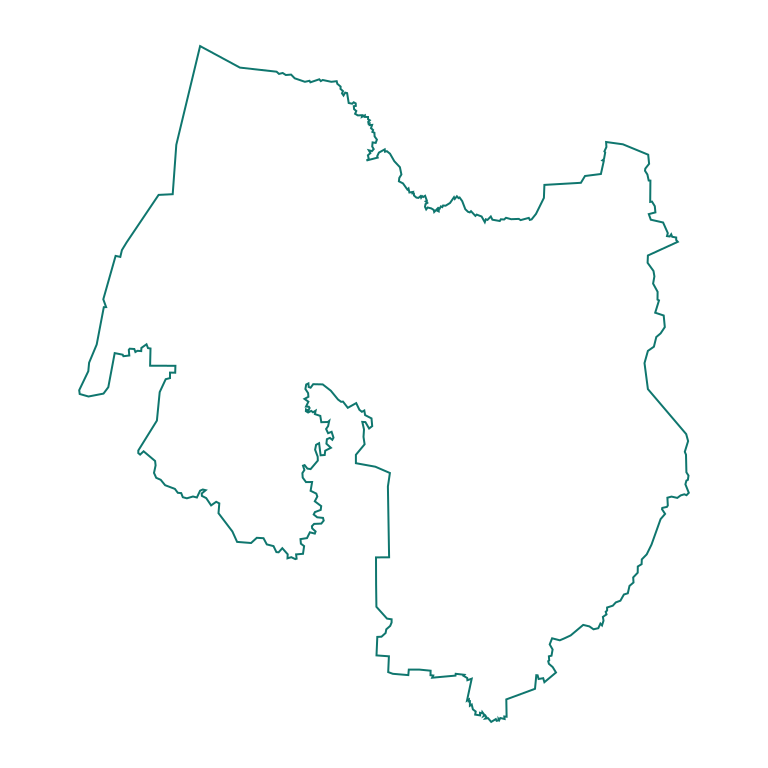 the district of Cotabato, Cotabato, Philippines
{"feature_id": "2640588B30235147478886", "entity_name": "Cotabato", "entity_type": "district", "adm_level": 2, "iso_a3": "PHL", "parent_name": "Philippines", "parent_adm1": "Cotabato", "projection": "natural_earth1", "projection_center": [124.836, 7.183], "detail": "fine", "context": "isolated", "style": "outline", "palette": "teal", "viewbox_px": 768, "rotation_deg": 0, "n_neighbors": 0, "source": "geoboundaries", "source_scale": "gbopen_adm2", "svg_char_len": 6097}
<svg xmlns="http://www.w3.org/2000/svg" viewBox="0 0 768 768"><path d="M374.4,132.7L372.4,131.9L373.1,130.0L371.0,128.2L372.1,124.9L369.6,125.1L369.6,123.4L368.6,123.8L368.2,121.9L369.8,120.3L368.1,119.3L368.0,117.0L364.7,116.9L364.8,115.4L361.9,116.9L362.3,115.2L357.8,115.4L355.1,113.8L356.3,111.0L354.1,109.2L353.8,106.2L355.8,105.9L355.7,103.4L353.7,102.3L352.2,103.7L348.7,103.0L347.1,93.1L345.2,92.6L343.5,95.5L342.0,93.3L343.0,91.1L340.5,88.9L340.6,86.6L337.3,83.8L336.7,81.2L331.3,81.8L322.7,80.0L320.8,81.1L319.3,79.3L310.4,82.3L309.5,80.8L304.9,81.8L294.7,78.3L291.1,74.6L285.8,75.0L282.7,73.0L279.0,73.9L276.6,71.7L239.9,67.6L200.1,46.1L176.3,144.8L172.7,194.2L158.6,194.9L126.6,242.4L121.9,250.1L120.3,256.9L115.6,255.9L103.3,299.3L106.1,307.1L103.8,307.2L96.7,344.5L89.1,362.7L88.3,371.2L79.2,390.2L79.7,394.0L88.5,396.5L103.5,393.6L108.3,387.2L114.7,353.1L122.7,354.7L123.4,356.2L129.3,355.5L128.8,349.9L129.7,348.7L134.3,349.0L135.4,352.0L137.4,350.8L141.2,351.1L141.4,347.9L146.5,344.3L148.0,348.1L150.5,348.5L150.1,365.7L175.4,365.8L175.2,372.7L170.0,372.6L170.0,378.1L165.7,379.2L159.7,392.1L156.9,420.6L138.3,450.5L138.3,453.1L140.1,454.6L143.6,451.3L155.1,461.0L155.6,465.4L154.0,472.9L156.2,477.8L160.7,479.8L165.1,485.2L174.9,488.9L177.8,492.8L181.2,493.1L182.8,497.2L186.9,498.3L193.0,496.5L196.9,497.5L200.1,490.7L202.8,489.5L205.7,490.2L201.7,493.5L201.9,495.9L206.2,498.1L211.1,505.4L216.2,501.8L219.3,503.4L218.5,513.2L232.4,531.5L237.1,541.9L251.1,543.0L256.8,537.8L263.5,538.2L266.8,544.4L273.5,546.1L276.4,552.1L278.6,552.3L282.3,548.2L287.7,554.3L287.5,558.3L291.3,557.2L295.3,559.1L296.6,558.7L296.1,554.4L303.0,553.8L304.1,546.1L300.9,543.7L300.5,539.1L307.0,538.1L309.9,532.3L314.8,533.6L315.6,531.5L312.2,528.4L311.9,526.2L314.1,523.9L321.3,523.6L323.7,520.6L323.0,517.9L317.2,517.3L313.7,514.5L314.9,512.1L320.7,509.9L321.2,506.1L314.8,501.3L317.3,496.5L316.3,493.6L310.6,490.8L312.1,482.0L306.0,482.1L302.7,477.6L302.4,473.1L304.4,470.0L303.0,465.7L304.6,465.1L307.4,468.6L310.6,469.1L317.8,460.6L317.7,456.7L315.1,449.7L316.1,444.8L319.1,443.2L320.6,455.3L324.7,455.0L325.2,450.7L330.9,447.8L326.4,443.7L326.9,439.2L329.9,437.9L332.3,439.8L333.5,437.7L331.6,431.8L328.1,433.2L326.1,429.0L328.1,426.1L329.2,420.9L327.9,422.0L321.3,422.2L320.3,415.9L314.9,414.1L315.6,410.7L313.0,412.3L311.2,410.9L308.1,412.5L305.9,411.2L306.0,409.4L308.4,410.4L309.6,408.0L308.8,406.7L306.0,406.6L308.4,401.7L304.5,398.9L308.4,396.8L308.1,393.1L305.4,389.0L306.2,384.5L308.4,383.4L308.7,387.0L310.6,387.7L313.2,384.2L322.7,384.4L330.8,390.7L338.0,399.5L341.1,401.8L343.0,401.6L347.8,407.8L356.2,403.1L359.4,409.8L361.9,411.8L364.3,410.5L365.1,415.1L371.5,418.4L372.2,426.1L369.1,428.5L365.4,422.1L362.3,421.9L364.0,429.4L363.5,436.9L364.6,444.3L355.9,454.8L355.9,463.2L375.3,466.7L389.9,473.0L387.9,486.5L389.1,557.3L376.0,557.4L376.1,584.5L376.4,606.8L387.0,618.6L391.6,619.3L391.6,622.5L390.2,625.9L386.3,629.3L385.6,633.0L381.5,636.7L377.3,636.9L376.5,655.4L388.9,656.3L388.2,672.1L392.8,673.8L408.3,675.1L408.8,669.6L419.4,669.6L430.6,670.7L430.5,675.2L433.2,675.5L432.2,677.7L455.5,675.6L455.7,673.8L464.4,674.8L463.5,675.8L467.2,678.0L467.4,680.2L471.7,678.7L467.0,700.6L468.9,699.4L468.8,701.4L469.9,701.2L469.9,705.7L471.7,704.5L472.9,709.4L475.7,711.5L475.2,714.6L480.1,715.4L480.0,712.8L482.1,713.3L482.3,712.1L484.3,714.8L483.6,716.1L485.2,715.3L486.4,717.1L485.2,718.6L488.1,718.2L491.2,721.9L495.8,719.1L496.6,720.8L498.5,720.4L498.5,719.1L499.2,720.2L500.3,718.0L504.6,719.0L504.3,716.5L506.6,716.7L506.3,699.4L535.0,688.8L536.3,675.2L537.6,675.3L538.6,679.0L543.2,678.2L544.4,682.2L556.0,672.5L552.7,667.1L548.9,663.8L548.2,661.2L549.2,660.4L548.9,656.3L551.5,655.7L552.6,649.5L549.7,644.4L552.1,638.3L559.8,640.3L564.3,638.4L570.7,635.4L583.2,624.9L589.4,626.4L593.5,629.3L598.3,628.2L600.4,623.6L602.0,625.4L603.5,620.7L602.9,616.9L606.5,614.4L605.7,611.8L607.1,610.5L607.1,607.5L612.8,605.7L615.8,602.4L620.4,600.7L623.9,594.5L627.8,593.3L629.5,585.9L633.5,582.5L633.2,577.4L637.7,572.7L637.8,566.5L641.6,564.2L641.8,559.4L646.7,554.4L651.5,544.6L660.6,519.1L665.1,513.9L662.0,509.2L662.3,507.9L666.9,506.9L667.8,505.5L667.4,497.7L671.5,496.6L677.3,497.9L680.7,495.4L684.3,494.3L686.5,495.2L688.8,492.8L685.4,484.3L686.4,480.6L687.9,479.8L688.5,475.6L686.4,472.3L686.0,454.7L684.8,451.8L688.1,441.1L686.2,434.1L647.9,389.1L644.5,363.1L647.9,350.9L653.9,346.7L656.3,337.0L660.6,333.4L664.8,327.1L663.7,315.5L655.2,312.7L659.0,300.4L657.5,299.6L657.6,291.8L653.1,283.6L654.4,276.4L653.5,271.0L647.6,262.8L647.9,255.5L677.8,241.8L676.2,240.0L676.2,237.5L672.2,236.8L671.2,234.3L669.7,236.5L667.0,236.1L667.8,233.1L663.1,222.5L650.8,219.7L648.8,214.1L655.4,212.4L654.8,206.2L652.0,201.6L650.2,201.9L650.4,180.6L648.7,180.5L647.4,174.5L645.0,170.8L645.3,168.6L649.1,163.8L648.2,154.7L622.9,144.3L606.1,142.0L606.4,147.0L604.4,151.4L605.2,152.4L604.0,159.0L602.4,160.4L603.8,160.9L600.9,174.0L585.0,176.0L580.9,182.8L544.4,184.9L543.9,197.9L536.0,213.9L531.6,219.4L529.8,219.9L528.8,217.9L520.6,220.1L518.8,218.9L511.2,219.2L506.0,217.8L504.1,219.5L500.8,219.3L499.8,221.0L492.4,219.7L490.8,216.5L487.5,219.9L485.8,219.3L484.8,222.2L481.6,216.5L476.7,214.6L475.4,215.9L471.0,211.2L469.8,212.4L468.0,211.8L465.3,209.2L462.2,201.1L459.6,197.5L458.5,198.1L456.9,196.3L454.8,198.9L454.0,197.2L450.0,203.0L445.6,205.7L443.1,205.5L442.3,207.1L440.9,206.4L439.7,208.6L438.8,208.2L438.7,211.4L437.2,210.7L437.2,208.9L434.2,212.0L433.7,209.9L431.3,208.4L427.7,207.5L426.2,209.4L425.0,206.8L425.5,204.1L427.3,202.9L425.7,201.4L426.9,200.8L425.1,195.8L423.2,197.0L422.1,196.1L421.1,197.7L420.5,196.2L418.4,197.9L416.4,197.6L414.0,195.5L413.9,193.5L412.5,193.4L413.0,191.9L409.4,192.5L408.5,188.5L407.4,189.6L403.0,183.4L398.9,181.3L399.3,177.9L401.4,174.5L399.9,167.2L394.3,161.2L390.0,153.7L386.9,151.2L385.0,151.7L384.7,149.4L378.9,152.6L377.2,156.2L377.7,157.6L366.5,160.5L368.8,159.0L367.9,155.3L370.4,153.1L368.8,150.3L372.0,151.1L373.7,149.1L372.2,146.5L372.6,142.4L375.7,142.9L376.9,139.6L374.6,136.4L374.4,132.7Z" fill="none" stroke="#0f766e" stroke-width="2"/></svg>